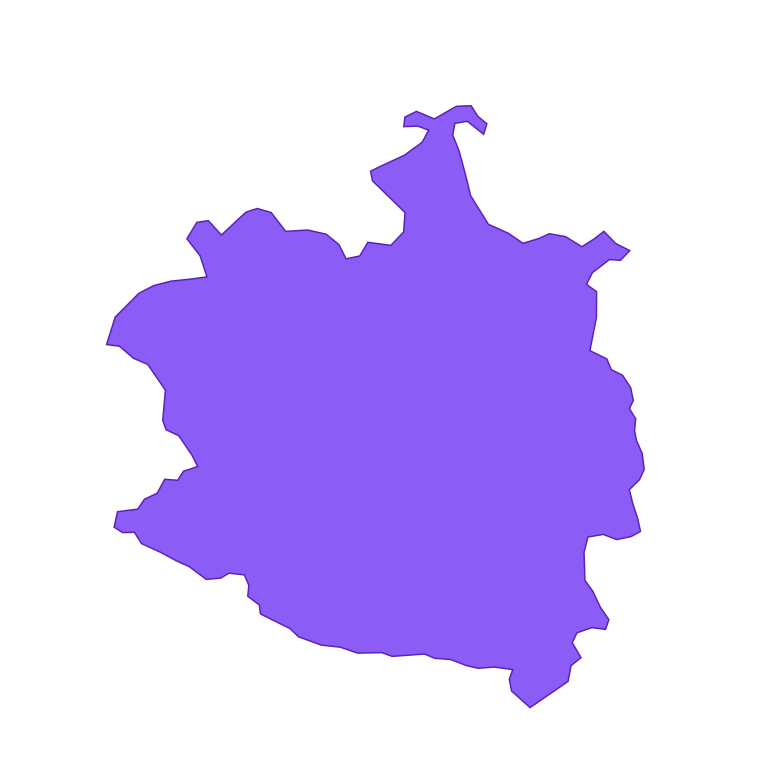 the district of Capela de Santana, Rio Grande do Sul, Brazil, rotated 101°
{"feature_id": "56859067B10907533932914", "entity_name": "Capela de Santana", "entity_type": "district", "adm_level": 2, "iso_a3": "BRA", "parent_name": "Brazil", "parent_adm1": "Rio Grande do Sul", "projection": "robinson", "projection_center": [-51.367, -29.711], "detail": "fine", "context": "isolated", "style": "filled", "palette": "violet", "viewbox_px": 768, "rotation_deg": 101, "n_neighbors": 0, "source": "geoboundaries", "source_scale": "gbopen_adm2", "svg_char_len": 1945}
<svg xmlns="http://www.w3.org/2000/svg" viewBox="0 0 768 768"><g transform="rotate(101 384 384)"><path d="M673.8,178.9L640.8,146.6L624.7,146.6L615.1,138.4L602.0,149.9L591.3,147.0L583.5,133.5L582.6,119.7L572.4,118.3L562.2,128.8L547.6,139.5L538.4,149.3L522.9,152.8L511.3,155.5L495.3,154.6L489.8,140.1L492.3,125.9L486.6,112.3L479.8,104.1L467.5,109.4L453.5,117.2L440.9,123.0L429.3,115.0L418.2,112.3L403.1,117.2L391.3,125.4L381.7,129.2L370.2,130.3L361.3,138.4L352.6,136.1L340.5,141.2L329.9,151.5L326.5,163.7L316.9,170.0L312.0,188.2L278.0,188.2L252.8,192.9L247.6,204.2L234.9,200.7L218.8,186.4L217.5,175.5L206.2,168.2L201.8,183.5L192.2,197.3L201.5,205.4L211.5,216.0L204.7,233.9L204.9,250.3L211.5,259.5L219.4,274.4L212.4,290.4L207.3,312.0L182.6,334.9L163.7,343.6L141.4,354.5L126.3,364.1L114.6,364.1L110.2,352.3L119.9,333.8L108.9,332.7L103.4,342.9L94.2,351.6L97.6,365.9L114.2,385.2L110.2,404.1L118.0,414.4L127.6,413.7L124.4,400.1L126.3,388.6L139.3,392.6L155.4,407.5L171.5,429.7L177.7,437.8L186.8,434.0L211.7,396.1L231.0,393.7L246.6,403.7L248.0,426.9L262.9,432.2L268.4,445.1L255.7,454.9L248.0,469.4L247.4,488.1L252.9,509.7L237.2,527.5L235.9,541.9L241.6,552.2L249.9,558.4L268.8,572.0L257.2,587.6L261.0,598.5L279.0,605.2L293.1,589.1L312.6,578.2L317.9,593.8L323.7,612.7L331.3,628.8L341.7,641.9L369.6,660.6L398.2,663.9L397.4,650.8L406.5,635.0L409.9,619.6L431.8,597.4L461.8,594.3L470.5,589.1L473.9,575.6L490.3,559.1L500.5,551.1L507.9,564.2L517.9,568.2L519.4,581.1L534.5,585.8L542.7,597.1L553.8,601.8L560.2,621.2L576.1,621.6L579.7,612.1L577.2,600.7L586.9,591.6L591.8,571.5L597.1,554.4L600.5,540.2L609.7,521.2L605.8,507.4L599.3,500.1L598.0,484.7L607.3,478.3L618.4,477.2L624.7,464.2L633.3,461.4L642.0,429.7L648.5,419.5L652.3,395.7L650.7,376.8L653.2,358.5L648.1,334.9L649.8,324.0L641.3,292.6L643.6,281.7L641.7,266.4L644.7,249.2L645.1,237.4L640.8,221.8L639.8,203.1L649.8,204.7L661.0,200.2L673.8,178.9Z" fill="#8b5cf6" stroke="#5b21b6" stroke-width="1.5"/></g></svg>